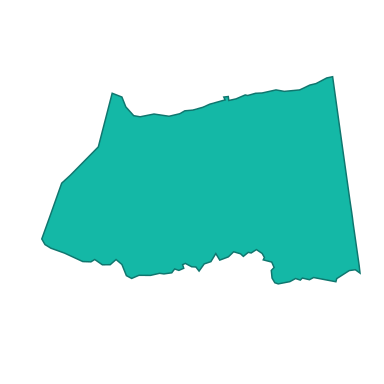 Taos, New Mexico, United States of America (Albers equal-area conic projection), rotated 82°
{"feature_id": "52423323B45931261508118", "entity_name": "Taos", "entity_type": "district", "adm_level": 2, "iso_a3": "USA", "parent_name": "United States of America", "parent_adm1": "New Mexico", "projection": "albers", "projection_center": [-105.561, 36.505], "detail": "fine", "context": "isolated", "style": "filled", "palette": "teal", "viewbox_px": 384, "rotation_deg": 82, "n_neighbors": 0, "source": "geoboundaries", "source_scale": "gbopen_adm2", "svg_char_len": 1402}
<svg xmlns="http://www.w3.org/2000/svg" viewBox="0 0 384 384"><g transform="rotate(82 192 192)"><path d="M97.4,36.7L97.8,42.7L101.9,54.1L102.5,60.4L105.9,71.2L105.2,86.6L102.6,94.6L103.7,108.8L103.1,115.4L104.2,123.4L103.3,125.8L105.9,135.4L106.5,142.8L102.5,142.8L102.4,147.3L105.4,146.4L107.5,162.2L109.6,169.4L111.0,179.8L110.6,187.8L112.8,193.3L113.8,204.2L109.5,218.8L110.3,232.9L108.3,239.1L98.5,245.7L88.2,248.2L83.1,257.3L134.3,278.5L139.1,284.8L158.6,310.3L165.1,319.8L196.4,336.1L217.6,347.3L223.6,344.9L228.0,339.6L234.8,326.7L245.7,309.8L247.1,301.8L245.3,297.7L251.6,290.9L252.6,283.1L248.3,276.6L254.0,271.5L265.7,268.6L269.2,263.8L267.1,256.1L268.8,244.8L268.0,235.4L269.2,231.2L269.2,223.3L265.8,219.9L267.8,215.9L266.4,210.8L262.6,211.4L261.8,208.5L266.0,202.7L266.8,198.6L271.3,196.0L264.9,189.9L263.6,183.0L256.3,177.0L263.3,174.0L261.3,165.0L257.0,159.1L259.9,152.6L262.9,150.1L259.6,144.7L260.6,141.9L258.0,136.2L262.6,131.1L266.9,129.4L269.1,130.9L272.5,122.8L278.2,121.2L280.7,124.4L288.4,124.7L293.4,122.6L295.0,119.4L294.4,107.6L292.1,101.5L294.3,97.0L292.6,94.7L295.2,87.9L293.6,83.5L300.9,62.0L297.9,60.7L291.7,47.2L291.7,41.1L295.7,36.9L287.9,36.7L245.5,36.8L245.4,36.8L239.7,36.7L238.4,36.7L233.9,36.7L222.9,36.8L222.0,36.8L216.6,36.8L193.0,36.8L183.6,36.8L170.5,36.8L170.0,36.8L99.9,36.7L99.6,36.7L97.4,36.7Z" fill="#14b8a6" stroke="#0f766e" stroke-width="1.5"/></g></svg>